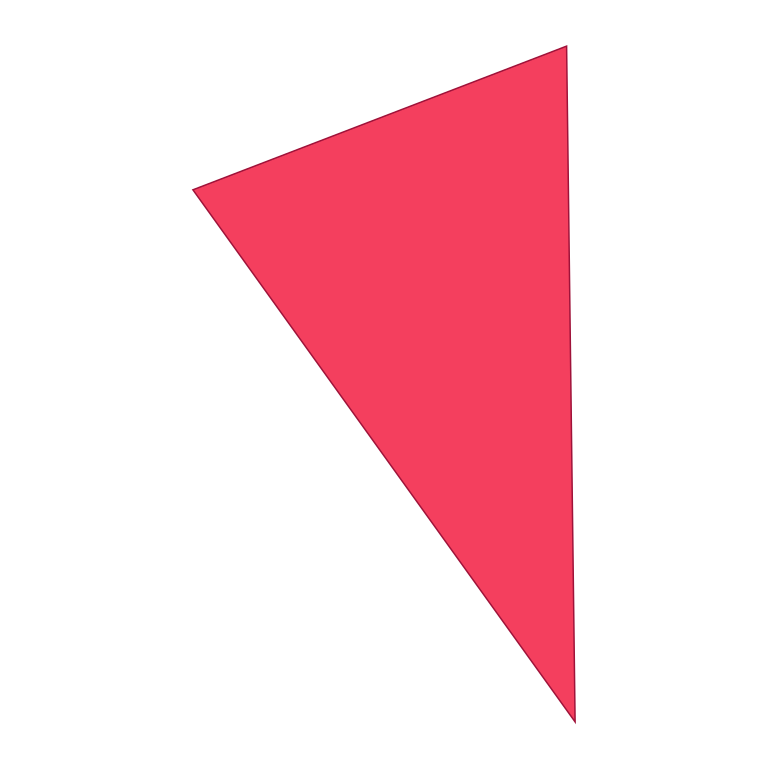 outline of Anetan
{"feature_id": "NRU-4978", "entity_name": "Anetan", "entity_type": "state/province", "adm_level": 1, "iso_a3": "NRU", "parent_name": "Nauru", "parent_adm1": "", "projection": "orthographic", "projection_center": [166.935, -0.497], "detail": "fine", "context": "isolated", "style": "filled", "palette": "rose", "viewbox_px": 768, "rotation_deg": 0, "n_neighbors": 0, "source": "natural_earth", "source_scale": "10m", "svg_char_len": 179}
<svg xmlns="http://www.w3.org/2000/svg" viewBox="0 0 768 768"><path d="M192.9,189.8L566.6,46.1L575.1,721.9L192.9,189.8Z" fill="#f43f5e" stroke="#9f1239" stroke-width="1.5"/></svg>